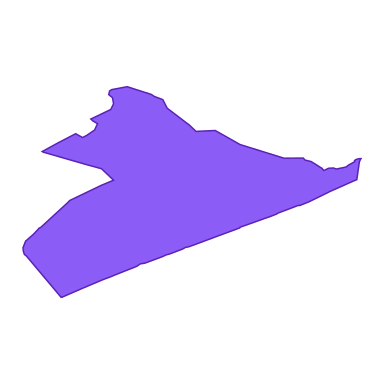 outline of Vangaži, Incukalna, Latvia
{"feature_id": "27541924B71399173551608", "entity_name": "Vangaži", "entity_type": "district", "adm_level": 2, "iso_a3": "LVA", "parent_name": "Latvia", "parent_adm1": "Incukalna", "projection": "natural_earth1", "projection_center": [24.537, 57.092], "detail": "fine", "context": "isolated", "style": "filled", "palette": "violet", "viewbox_px": 384, "rotation_deg": 0, "n_neighbors": 0, "source": "geoboundaries", "source_scale": "gbopen_adm2", "svg_char_len": 1922}
<svg xmlns="http://www.w3.org/2000/svg" viewBox="0 0 384 384"><path d="M42.2,151.5L43.3,152.2L87.1,164.8L95.6,167.1L101.6,168.8L113.5,180.2L101.3,185.3L69.7,200.5L67.6,202.7L40.6,227.5L38.8,228.3L38.6,228.8L33.3,234.4L30.1,237.2L25.6,241.1L23.0,247.7L23.3,251.1L24.4,254.5L26.3,255.9L43.7,276.6L61.1,297.3L61.8,296.9L62.1,297.2L66.2,295.4L80.4,289.2L89.8,285.2L98.6,281.5L101.7,280.2L104.1,279.2L108.3,277.7L110.6,276.8L115.4,274.8L118.7,273.5L123.0,271.8L126.2,270.5L130.3,268.9L134.0,267.5L136.9,266.2L137.1,266.1L140.3,263.9L144.8,263.2L162.8,256.5L166.4,254.8L169.1,254.2L182.5,249.1L185.5,247.4L188.8,246.8L239.8,227.9L239.9,227.3L262.9,219.1L265.1,218.3L269.6,216.8L274.7,214.8L276.9,213.9L278.0,213.1L298.3,205.4L299.4,205.6L299.8,205.5L308.8,201.9L321.9,195.5L330.2,191.4L353.3,181.1L356.8,179.7L356.9,179.0L357.6,174.3L358.3,169.2L358.5,168.1L358.6,167.2L358.8,166.2L359.0,164.1L359.4,162.0L360.0,160.4L360.4,159.6L361.0,158.6L360.9,158.6L359.8,158.6L359.0,158.7L358.0,158.9L356.6,159.3L355.8,159.6L355.1,160.1L354.7,160.6L354.5,160.8L354.8,161.3L354.5,161.8L350.3,164.1L348.6,165.0L346.3,166.8L346.2,166.9L345.9,167.0L342.0,167.9L339.8,168.3L339.2,168.4L336.7,169.0L335.7,168.8L335.4,168.7L333.6,168.0L329.5,168.2L328.7,168.2L327.2,168.9L326.8,169.1L325.1,169.9L323.7,170.5L323.1,169.7L322.0,168.3L321.0,167.7L320.8,167.6L319.8,167.0L316.9,165.1L314.5,163.6L313.3,162.9L311.0,161.5L309.4,161.1L305.1,160.1L303.3,158.1L296.9,158.1L284.0,158.2L248.0,147.0L247.0,146.7L240.0,144.5L219.3,132.8L215.2,130.5L196.0,131.4L188.9,124.6L186.6,123.0L167.2,108.2L162.8,99.6L154.2,96.4L151.5,94.5L127.2,86.7L111.7,89.6L109.6,90.9L108.7,94.6L111.6,97.0L112.5,97.7L113.4,103.0L113.5,103.9L111.1,108.8L110.7,109.5L105.3,112.1L90.8,119.0L93.1,121.1L97.5,123.7L94.6,130.0L86.7,135.4L82.6,137.5L81.8,137.1L78.7,135.4L78.0,135.0L75.7,133.7L58.5,142.6L42.8,151.2L42.2,151.5Z" fill="#8b5cf6" stroke="#5b21b6" stroke-width="1.5"/></svg>